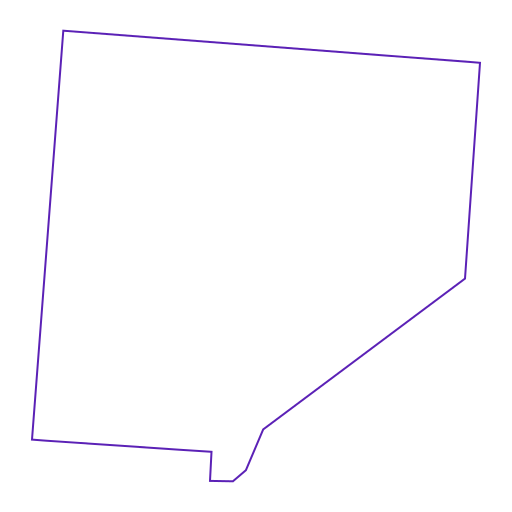 outline of Clinton, Ohio, United States of America
{"feature_id": "52423323B39504847617427", "entity_name": "Clinton", "entity_type": "district", "adm_level": 2, "iso_a3": "USA", "parent_name": "United States of America", "parent_adm1": "Ohio", "projection": "natural_earth1", "projection_center": [-83.78, 39.396], "detail": "fine", "context": "isolated", "style": "outline", "palette": "violet", "viewbox_px": 512, "rotation_deg": 0, "n_neighbors": 0, "source": "geoboundaries", "source_scale": "gbopen_adm2", "svg_char_len": 288}
<svg xmlns="http://www.w3.org/2000/svg" viewBox="0 0 512 512"><path d="M465.0,278.6L480.0,62.8L470.4,62.0L382.4,55.3L63.3,30.7L32.0,439.6L46.2,440.7L178.9,449.7L211.5,451.8L210.0,480.9L232.9,481.3L245.9,470.2L263.2,429.4L465.0,278.6Z" fill="none" stroke="#5b21b6" stroke-width="2"/></svg>